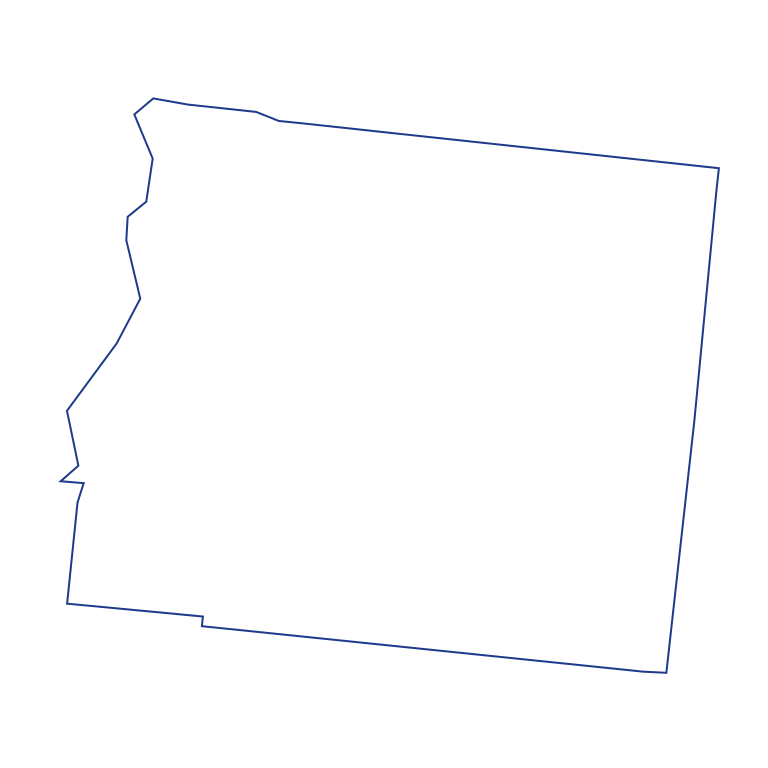 Jefferson, Kansas, United States of America (orthographic projection), rotated 96°
{"feature_id": "52423323B63595933107689", "entity_name": "Jefferson", "entity_type": "district", "adm_level": 2, "iso_a3": "USA", "parent_name": "United States of America", "parent_adm1": "Kansas", "projection": "orthographic", "projection_center": [-95.427, 39.226], "detail": "fine", "context": "isolated", "style": "outline", "palette": "blue", "viewbox_px": 768, "rotation_deg": 96, "n_neighbors": 0, "source": "geoboundaries", "source_scale": "gbopen_adm2", "svg_char_len": 484}
<svg xmlns="http://www.w3.org/2000/svg" viewBox="0 0 768 768"><g transform="rotate(96 384 384)"><path d="M133.6,399.9L133.3,492.8L133.4,516.1L126.8,539.5L126.6,608.4L124.1,643.3L142.0,660.5L184.0,637.6L227.5,639.5L244.5,656.4L268.0,655.3L324.6,635.3L371.6,654.1L443.8,696.5L497.2,679.4L514.5,695.4L514.0,672.3L533.9,676.4L635.6,676.2L634.2,539.8L643.9,539.8L643.0,96.3L641.7,73.0L387.8,71.5L157.9,73.6L134.4,73.5L133.6,399.9Z" fill="none" stroke="#1e3a8a" stroke-width="2"/></g></svg>